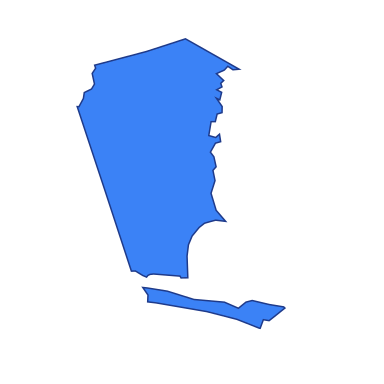 outline of Nueces, Texas, United States of America, rotated 72°
{"feature_id": "52423323B60755765681698", "entity_name": "Nueces", "entity_type": "district", "adm_level": 2, "iso_a3": "USA", "parent_name": "United States of America", "parent_adm1": "Texas", "projection": "albers", "projection_center": [-97.486, 27.777], "detail": "fine", "context": "isolated", "style": "filled", "palette": "blue", "viewbox_px": 384, "rotation_deg": 72, "n_neighbors": 0, "source": "geoboundaries", "source_scale": "gbopen_adm2", "svg_char_len": 1148}
<svg xmlns="http://www.w3.org/2000/svg" viewBox="0 0 384 384"><g transform="rotate(72 192 192)"><path d="M41.3,245.4L44.5,245.4L48.4,250.3L59.2,251.4L63.0,255.7L64.1,263.7L69.5,266.4L75.9,273.1L75.3,274.8L165.2,274.3L248.5,274.1L249.7,270.2L256.2,264.6L258.9,261.5L257.7,259.7L257.4,257.4L258.1,253.9L268.3,229.4L270.3,229.0L272.3,222.5L251.4,216.5L241.1,211.7L233.9,205.5L227.9,196.1L225.6,189.9L225.6,188.4L225.8,183.2L226.1,178.2L230.3,169.1L216.9,174.7L199.1,174.3L188.3,166.6L177.9,165.4L175.5,161.3L165.3,160.3L159.8,162.2L152.8,154.6L153.0,149.2L145.5,148.0L147.5,152.6L143.5,158.6L131.0,152.1L132.3,148.1L125.6,144.0L125.8,138.9L120.0,136.9L110.4,139.8L113.0,137.1L106.4,133.0L102.4,136.9L101.3,131.0L97.5,131.1L95.8,127.4L87.0,132.2L86.0,123.5L83.5,119.1L88.4,115.3L89.8,109.2L44.3,150.9L44.3,192.1L41.3,245.4ZM331.1,139.5L329.6,140.3L322.9,153.3L313.8,168.3L313.4,174.7L316.9,183.8L306.8,195.2L294.8,223.4L278.7,246.1L278.6,246.3L269.6,263.9L267.6,268.3L276.4,265.7L282.8,268.1L286.3,260.5L310.3,214.9L327.0,188.6L342.3,170.1L342.7,169.3L335.5,163.6L338.2,158.4L331.1,139.5Z" fill="#3b82f6" stroke="#1e3a8a" stroke-width="1.5"/></g></svg>